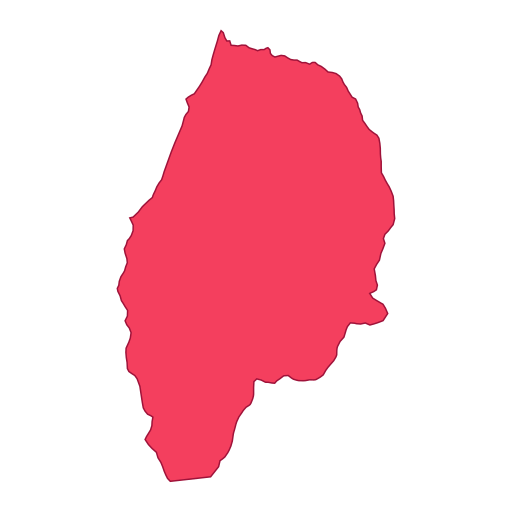 Kasipul, Nyanza, Kenya (Equal Earth projection)
{"feature_id": "3690345B61391920402880", "entity_name": "Kasipul", "entity_type": "district", "adm_level": 2, "iso_a3": "KEN", "parent_name": "Kenya", "parent_adm1": "Nyanza", "projection": "equal_earth", "projection_center": [34.715, -0.502], "detail": "fine", "context": "isolated", "style": "filled", "palette": "rose", "viewbox_px": 512, "rotation_deg": 0, "n_neighbors": 0, "source": "geoboundaries", "source_scale": "gbopen_adm2", "svg_char_len": 3719}
<svg xmlns="http://www.w3.org/2000/svg" viewBox="0 0 512 512"><path d="M218.6,466.7L220.0,460.7L222.4,459.0L224.8,457.0L227.7,452.8L229.1,450.2L230.9,446.0L232.3,441.1L233.3,434.0L233.8,431.9L234.3,430.3L235.4,426.2L235.8,424.5L236.7,421.7L238.9,416.9L241.9,412.6L242.9,411.0L243.8,409.8L246.1,407.2L249.0,405.4L250.1,404.5L251.0,403.0L252.7,398.7L253.4,396.0L253.6,394.2L253.6,387.4L253.9,381.6L255.6,380.0L256.7,378.9L261.1,380.0L265.4,382.2L268.4,382.3L271.9,383.0L274.7,383.2L276.7,380.9L279.8,378.8L283.7,375.8L288.2,375.5L291.6,378.1L293.4,379.2L296.4,380.1L298.5,380.6L302.1,380.7L303.9,380.7L305.4,380.6L309.6,379.8L313.7,379.9L315.1,379.8L316.3,379.4L318.9,377.9L320.4,377.0L323.2,374.9L325.8,370.3L327.8,367.5L330.1,364.8L333.7,360.7L335.9,357.0L336.7,354.9L336.8,350.2L337.1,347.9L337.6,346.3L340.1,341.4L343.9,337.2L345.4,332.3L346.1,329.8L347.4,326.6L350.3,322.9L354.5,323.2L356.5,323.7L360.6,324.0L365.3,323.0L369.9,325.0L373.9,323.9L376.1,323.2L377.4,322.8L381.4,321.3L383.1,320.6L387.7,313.5L387.4,312.8L386.3,310.3L385.4,308.2L384.7,307.1L383.7,305.4L382.9,304.2L382.4,303.9L380.9,303.1L380.1,302.6L379.6,302.3L378.6,301.7L376.7,300.6L372.7,298.1L369.7,293.4L373.7,291.6L376.4,289.8L377.4,285.1L375.9,280.6L375.4,275.6L374.2,268.9L376.6,264.4L379.4,260.2L380.9,253.4L382.9,248.7L384.9,243.3L383.4,238.6L384.9,234.3L388.2,231.0L390.7,227.6L393.1,224.7L394.7,218.6L394.2,213.7L394.1,209.6L393.8,204.8L393.6,200.7L393.1,196.2L391.2,191.2L389.1,186.7L387.2,183.6L385.2,180.0L383.6,176.6L381.4,172.8L381.2,166.4L381.2,161.5L380.7,158.0L380.4,154.0L380.3,148.4L379.8,143.2L378.9,138.3L376.9,135.1L374.1,133.3L371.8,131.6L369.2,129.5L366.9,126.4L365.1,123.7L362.6,120.3L362.1,116.0L360.6,112.9L359.7,109.7L358.2,107.0L357.6,103.2L355.6,99.0L352.1,97.2L350.2,94.2L348.2,91.1L346.6,87.4L344.4,84.6L342.9,81.9L341.7,78.8L339.6,76.1L336.1,73.6L332.3,72.5L328.0,72.0L324.9,69.1L321.2,66.4L320.2,66.0L319.8,65.7L319.4,65.6L318.8,65.3L317.7,64.8L317.0,64.1L316.1,63.3L315.2,62.5L314.4,62.4L313.7,62.4L312.3,62.5L309.6,64.2L305.6,62.6L301.9,62.7L299.6,61.5L297.1,60.1L294.1,60.1L290.6,59.5L287.4,57.7L284.7,55.9L281.1,55.4L277.6,56.3L274.9,57.0L272.2,55.6L270.4,53.4L269.9,49.8L267.9,47.7L266.1,48.3L264.1,49.6L260.7,49.6L257.6,50.7L255.1,49.6L252.6,48.9L249.1,47.8L245.8,45.3L241.8,45.1L237.9,46.0L234.4,45.5L231.1,45.3L229.7,40.9L226.8,41.0L224.9,37.7L223.3,32.7L221.1,30.7L218.9,35.4L217.3,41.3L214.8,49.4L213.1,55.2L211.9,59.7L211.1,64.8L209.4,68.4L207.3,73.4L204.9,77.0L202.1,82.1L199.3,86.6L194.3,93.8L191.4,95.2L188.3,97.1L186.0,99.1L187.4,103.0L189.1,107.0L188.4,111.5L185.9,114.5L184.3,117.4L183.4,121.0L182.1,125.9L174.8,143.0L171.3,151.9L164.2,171.6L162.9,176.0L161.6,179.8L159.3,182.7L156.9,186.7L155.1,191.0L153.6,194.1L152.9,195.8L152.4,197.5L149.1,200.2L145.7,203.5L143.9,205.2L142.2,206.9L138.3,212.1L133.1,217.1L129.8,217.9L131.3,221.0L133.2,225.1L133.1,230.7L131.3,235.5L129.3,238.6L127.4,240.6L126.3,244.7L124.3,248.9L125.1,253.1L126.0,255.9L126.9,258.6L127.3,262.8L125.7,266.8L124.6,270.8L123.2,273.3L122.3,274.6L120.9,276.8L119.3,281.3L118.8,285.3L117.3,288.4L117.9,291.4L120.1,295.8L121.4,300.6L123.4,303.7L125.1,306.6L127.6,310.4L127.4,316.1L125.1,320.8L126.8,324.8L129.3,328.0L131.1,332.7L130.3,338.1L128.9,342.1L126.1,348.2L125.9,352.4L126.3,357.4L127.1,362.5L127.4,368.6L128.9,371.5L131.4,373.3L134.8,375.5L137.1,378.7L139.9,386.3L141.1,394.4L142.4,402.9L143.3,407.9L145.1,411.2L147.6,414.2L150.8,415.7L152.9,417.1L152.1,421.6L151.9,425.6L150.6,429.9L148.3,433.7L146.6,436.4L145.1,439.5L148.4,444.5L152.1,448.5L156.4,452.3L158.0,457.8L160.9,462.4L162.6,466.5L164.3,471.4L165.8,474.9L167.6,478.5L170.3,481.3L210.6,476.8L218.6,466.7Z" fill="#f43f5e" stroke="#9f1239" stroke-width="1.5"/></svg>